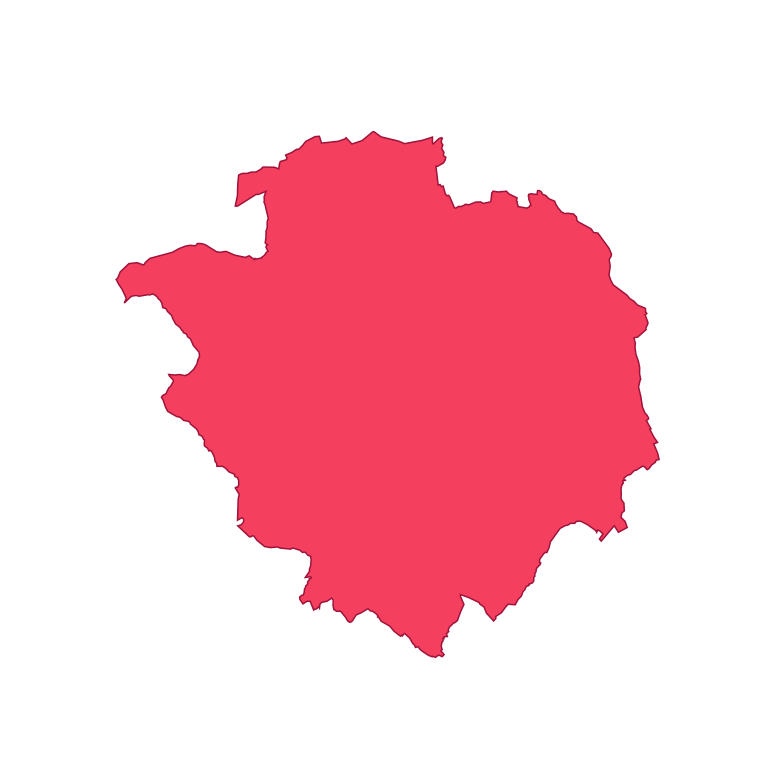 Savadisla, Cluj, Romania, rotated 14°
{"feature_id": "2599482B70181130715167", "entity_name": "Savadisla", "entity_type": "district", "adm_level": 2, "iso_a3": "ROU", "parent_name": "Romania", "parent_adm1": "Cluj", "projection": "orthographic", "projection_center": [23.427, 46.664], "detail": "fine", "context": "isolated", "style": "filled", "palette": "rose", "viewbox_px": 768, "rotation_deg": 14, "n_neighbors": 0, "source": "geoboundaries", "source_scale": "gbopen_adm2", "svg_char_len": 6145}
<svg xmlns="http://www.w3.org/2000/svg" viewBox="0 0 768 768"><g transform="rotate(14 384 384)"><path d="M112.4,368.3L117.1,360.8L118.7,359.4L122.3,358.0L125.1,358.1L133.8,354.3L135.1,354.3L137.6,352.7L139.0,352.7L142.9,354.3L143.7,355.4L146.9,357.2L149.1,359.7L150.8,363.4L154.4,363.7L156.4,366.0L161.5,369.0L163.3,371.8L167.2,376.1L172.5,378.6L174.8,380.8L175.9,381.0L176.9,382.7L180.4,383.4L182.0,385.7L185.4,387.1L189.7,392.8L196.9,397.9L198.3,401.8L197.5,406.1L197.7,409.7L195.7,416.0L191.9,421.8L188.7,424.1L183.6,424.2L178.8,425.9L172.8,426.8L173.9,428.2L178.5,431.1L179.0,432.3L177.4,438.2L176.1,439.8L174.8,446.2L171.9,448.8L171.2,450.7L173.6,453.1L177.9,459.7L180.8,462.9L190.6,465.7L194.2,465.6L198.4,467.8L203.1,467.5L205.2,468.4L206.0,469.8L212.8,472.9L215.1,475.0L216.7,478.0L220.0,478.6L222.2,481.2L223.3,481.6L224.4,486.9L225.2,487.8L228.2,488.9L230.3,491.3L231.8,490.4L234.0,492.1L237.4,496.4L238.8,499.9L240.8,501.5L241.8,504.3L247.4,502.9L250.9,504.2L254.6,506.7L261.0,507.8L261.0,508.9L262.0,509.9L264.4,510.2L266.2,512.6L267.4,516.7L267.0,519.6L265.6,519.8L264.8,520.8L270.2,526.1L270.3,530.6L274.8,551.6L278.4,548.2L279.7,548.4L281.0,550.1L280.9,552.3L279.4,555.3L276.4,557.0L290.3,564.8L292.0,564.4L292.5,563.3L294.5,563.0L298.6,566.4L307.5,570.6L313.5,570.2L320.0,567.9L323.0,568.3L333.3,566.8L335.2,565.2L342.5,565.6L345.6,567.1L348.2,566.2L351.7,568.7L354.2,568.7L355.8,571.9L356.8,578.1L356.4,582.2L357.1,583.5L354.4,590.8L359.2,588.8L360.2,589.4L360.1,590.3L358.6,591.1L358.9,592.3L357.9,593.9L358.1,597.1L356.9,598.8L357.0,600.6L356.5,602.3L357.0,605.8L356.7,608.3L355.1,609.1L353.7,611.1L354.6,613.5L358.6,617.0L361.6,613.6L364.9,612.7L370.5,620.4L371.2,619.3L372.9,618.6L374.6,615.9L375.6,617.0L375.1,613.3L376.4,610.9L381.1,608.7L385.0,604.5L387.0,606.0L388.2,611.4L389.9,615.0L393.0,616.0L396.8,615.0L402.6,619.2L406.1,622.7L408.3,623.5L409.7,622.8L410.7,621.3L412.8,614.9L417.3,611.4L422.8,605.9L425.7,607.5L427.6,607.2L432.1,608.9L434.4,610.6L434.1,611.6L435.8,612.1L438.7,614.9L448.1,617.5L453.5,621.4L459.5,624.1L461.2,624.7L462.0,623.4L462.9,623.9L463.8,621.4L464.4,621.1L470.4,624.3L474.7,628.9L476.8,629.9L478.2,632.0L480.6,630.7L483.5,633.0L487.2,634.6L493.2,636.6L496.9,637.0L497.3,636.4L500.1,636.8L501.4,635.0L503.2,633.8L506.4,634.5L507.8,632.0L503.7,629.1L504.7,627.6L503.0,624.8L502.7,620.5L503.4,619.3L502.9,616.2L503.7,616.5L503.7,614.6L506.6,613.7L505.0,611.3L506.7,608.5L505.8,607.7L506.2,604.2L509.6,598.7L510.4,598.6L512.5,595.7L513.4,586.4L514.9,578.6L509.6,571.6L509.0,569.8L517.8,570.7L529.0,573.0L530.3,574.4L535.0,576.2L538.8,581.5L547.7,587.4L549.3,584.4L548.6,582.6L553.3,577.5L556.2,570.4L557.8,567.6L564.7,566.5L566.2,560.7L568.6,556.5L569.1,551.6L570.3,549.9L571.1,545.9L572.8,544.9L573.5,543.7L573.0,543.2L575.7,541.5L576.7,539.9L576.9,538.9L576.1,535.3L576.9,534.0L576.2,531.7L576.8,530.1L576.6,525.9L579.3,521.1L579.3,519.7L578.0,519.3L577.5,516.4L580.0,510.1L581.1,508.4L582.8,508.2L583.7,503.0L583.7,496.8L589.8,481.5L593.9,477.7L596.8,476.2L598.5,474.2L602.8,473.0L603.9,470.7L608.0,469.5L615.6,471.3L624.7,474.9L626.3,476.5L626.5,474.1L629.2,474.4L632.7,476.5L630.5,482.3L632.8,483.9L641.7,465.9L647.4,471.1L654.7,464.4L651.2,459.0L646.3,456.1L645.9,451.8L647.9,448.9L645.6,441.5L642.9,439.3L641.5,437.2L640.8,433.0L639.4,428.7L639.2,425.6L639.6,423.0L640.2,422.6L639.1,420.2L642.2,418.8L639.9,419.0L639.6,417.2L642.2,413.8L645.1,412.1L647.8,407.4L649.6,406.6L654.4,401.5L655.3,401.0L657.5,401.7L660.0,403.5L661.5,402.1L663.4,397.7L666.2,394.3L666.5,392.1L669.2,390.7L666.3,385.0L660.2,376.8L663.6,374.5L658.9,370.4L652.9,363.7L653.9,362.9L647.5,356.1L648.9,354.3L649.1,353.1L646.7,350.6L644.2,349.0L640.3,343.7L636.3,334.2L631.7,325.3L631.6,317.9L632.0,317.6L629.5,312.2L628.1,306.2L625.4,300.5L621.2,294.2L618.6,287.4L618.1,283.9L615.4,278.7L618.8,277.1L625.2,267.8L624.5,266.4L625.4,262.0L625.3,260.5L620.6,253.7L622.0,252.1L620.4,250.7L619.5,247.7L618.7,247.2L610.9,246.1L606.6,243.3L601.5,241.5L598.4,239.1L582.3,232.3L579.1,228.7L576.0,223.9L575.0,215.0L572.4,208.8L573.5,204.7L573.3,202.9L569.5,197.9L555.0,185.8L550.7,186.3L547.5,183.4L533.7,179.8L531.6,178.7L530.4,175.4L526.7,173.2L521.3,173.8L518.1,174.9L514.4,174.0L509.9,170.7L506.6,167.3L505.5,165.4L499.0,164.3L495.4,162.0L492.0,161.6L489.9,159.3L487.9,158.8L486.2,159.2L486.6,163.1L480.5,163.9L478.5,165.0L478.7,167.2L479.6,168.2L479.9,169.9L482.9,174.0L483.2,175.2L482.6,175.2L481.9,177.3L479.9,178.8L471.0,179.4L470.6,177.8L469.2,176.1L469.2,174.8L468.1,174.0L468.1,171.2L459.2,169.3L456.2,167.3L448.1,170.1L443.2,170.5L442.4,172.6L443.5,181.0L442.4,182.0L436.4,184.8L433.9,183.9L428.9,185.3L423.0,189.6L419.5,189.9L417.7,191.9L415.0,193.5L413.6,193.5L411.2,195.9L409.7,196.0L402.5,186.5L401.0,185.3L399.6,186.1L397.5,184.6L393.5,177.6L392.1,178.7L390.2,176.9L388.4,177.8L381.7,160.1L383.4,159.8L388.4,154.9L389.2,151.7L389.1,149.1L386.8,148.2L386.0,146.7L386.2,144.8L382.9,141.4L383.3,137.8L381.2,135.9L380.8,133.6L381.2,131.7L380.4,131.0L377.9,132.6L373.6,139.2L372.8,138.6L371.3,132.7L362.1,138.4L345.8,145.8L339.4,144.8L321.3,144.9L313.2,141.6L311.9,142.2L303.9,153.1L294.8,158.9L287.6,154.2L286.8,155.7L281.0,159.5L265.1,165.4L261.4,159.3L257.3,160.6L249.3,167.6L247.4,172.0L244.5,176.9L242.4,177.4L238.5,181.7L233.1,185.7L235.0,187.8L235.1,189.9L229.6,193.2L229.3,195.5L229.8,200.7L225.2,200.2L214.0,202.8L212.5,205.4L208.6,209.2L203.3,210.8L200.6,212.6L195.8,213.9L193.7,215.3L192.4,216.5L193.9,226.2L196.2,236.7L196.6,247.3L198.8,246.9L214.0,231.0L216.2,230.5L222.9,225.6L222.4,231.3L223.6,235.4L223.4,236.3L225.1,238.6L231.6,251.2L231.4,254.8L232.9,260.8L232.5,264.2L234.0,270.1L234.6,275.9L237.4,277.2L236.4,278.0L236.4,279.9L239.3,283.3L238.1,284.5L236.9,288.0L234.6,290.8L234.7,291.4L229.7,293.6L228.4,293.3L228.2,294.7L222.2,292.2L218.7,294.7L208.0,295.1L198.6,293.5L193.0,295.9L189.3,296.1L176.7,292.0L172.5,292.0L168.9,292.9L167.7,295.5L162.0,296.4L157.6,298.5L152.4,302.2L146.7,307.5L126.5,318.7L123.0,323.8L122.1,326.7L115.1,326.0L107.4,328.9L101.0,338.9L100.0,345.7L98.8,347.3L102.5,351.5L106.8,355.3L113.2,363.1L112.4,368.3Z" fill="#f43f5e" stroke="#9f1239" stroke-width="1.5"/></g></svg>